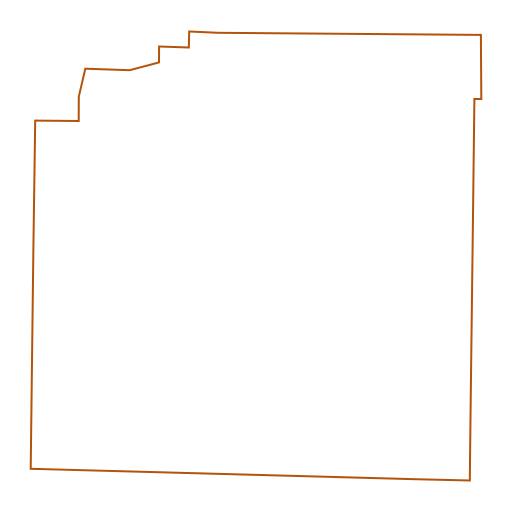 Montgomery, Arkansas, United States of America (Equal Earth projection)
{"feature_id": "52423323B83046273754506", "entity_name": "Montgomery", "entity_type": "district", "adm_level": 2, "iso_a3": "USA", "parent_name": "United States of America", "parent_adm1": "Arkansas", "projection": "equal_earth", "projection_center": [-93.652, 34.543], "detail": "fine", "context": "isolated", "style": "outline", "palette": "amber", "viewbox_px": 512, "rotation_deg": 0, "n_neighbors": 0, "source": "geoboundaries", "source_scale": "gbopen_adm2", "svg_char_len": 361}
<svg xmlns="http://www.w3.org/2000/svg" viewBox="0 0 512 512"><path d="M480.9,34.9L218.3,32.8L189.2,31.5L188.8,47.5L159.1,46.5L159.0,62.4L129.6,70.2L85.3,68.7L78.8,96.7L78.7,121.0L35.2,120.6L33.4,247.1L30.7,468.8L411.1,479.1L469.8,480.5L470.5,417.2L473.3,190.8L473.4,181.5L474.4,99.0L481.3,99.0L480.9,34.9Z" fill="none" stroke="#b45309" stroke-width="2"/></svg>